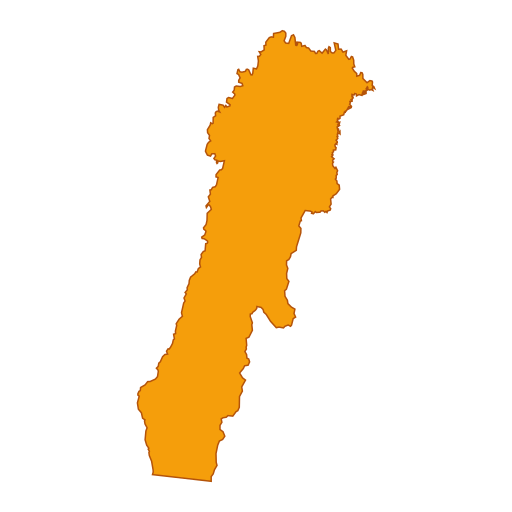 outline of Puerto Libertador, Córdoba, Colombia
{"feature_id": "7082276B17720170478465", "entity_name": "Puerto Libertador", "entity_type": "district", "adm_level": 2, "iso_a3": "COL", "parent_name": "Colombia", "parent_adm1": "Córdoba", "projection": "equal_earth", "projection_center": [-75.744, 7.691], "detail": "fine", "context": "isolated", "style": "filled", "palette": "amber", "viewbox_px": 512, "rotation_deg": 0, "n_neighbors": 0, "source": "geoboundaries", "source_scale": "gbopen_adm2", "svg_char_len": 5982}
<svg xmlns="http://www.w3.org/2000/svg" viewBox="0 0 512 512"><path d="M295.6,317.1L294.0,313.5L294.9,309.1L291.4,307.1L287.9,303.6L287.4,300.3L285.0,296.3L284.6,290.7L286.4,289.2L288.9,281.4L286.8,278.6L286.6,273.4L287.8,268.4L286.5,265.0L286.6,260.8L288.8,259.6L290.5,256.7L291.1,253.6L296.3,250.3L296.5,246.8L300.8,232.9L300.9,228.4L298.8,225.9L300.3,221.0L301.4,220.7L301.0,218.0L305.2,210.5L310.3,211.1L312.1,212.1L311.6,213.3L313.4,213.8L315.3,211.6L316.4,212.5L320.0,212.2L321.1,210.9L323.4,210.9L324.8,212.3L326.0,211.3L327.0,212.5L327.7,210.9L330.1,210.2L330.7,208.7L329.4,206.9L331.1,204.1L330.6,198.9L332.0,197.4L332.9,197.5L332.9,195.9L336.2,193.8L339.6,189.3L339.2,185.1L337.1,183.6L336.9,181.0L335.4,179.1L336.2,178.2L336.2,175.4L337.2,174.5L336.8,172.5L337.6,170.8L335.9,167.3L335.0,168.5L332.7,165.6L332.5,163.4L333.4,162.1L332.8,161.8L332.6,160.2L334.1,158.8L331.6,156.7L332.4,155.9L332.0,154.8L332.9,154.8L332.3,152.7L333.5,151.8L333.4,150.1L335.7,149.9L336.1,147.6L335.3,146.9L334.9,144.9L335.7,143.9L336.8,144.3L336.5,143.0L337.3,142.7L337.2,141.6L336.1,140.2L337.8,138.4L337.1,136.6L337.8,136.4L337.3,134.7L337.7,132.9L338.1,133.8L339.2,133.2L340.0,133.9L339.9,131.2L339.3,131.8L338.2,130.4L338.6,129.2L337.9,128.6L337.6,129.3L337.1,127.0L337.9,125.8L338.5,126.3L339.5,125.4L338.2,124.5L339.2,124.2L339.6,122.7L339.0,123.1L337.8,122.6L338.3,122.0L336.8,121.8L337.8,120.9L337.3,120.0L337.8,117.8L338.2,119.2L339.4,118.8L340.0,118.3L340.0,116.1L343.7,114.8L344.4,112.1L345.3,112.3L345.4,111.1L346.3,111.0L348.8,106.6L349.8,106.8L348.7,108.9L351.2,107.6L351.5,106.4L349.6,104.2L350.3,102.9L349.9,101.5L351.9,101.3L351.2,99.8L352.2,99.9L352.2,98.3L353.2,97.9L352.7,96.5L353.4,96.4L352.0,96.5L352.0,94.4L354.0,95.0L354.7,93.5L356.3,94.0L356.5,95.9L358.9,94.6L361.9,95.4L362.4,93.3L363.0,94.6L363.9,94.0L363.2,90.4L364.2,92.5L365.1,90.8L365.6,91.1L364.8,94.0L366.1,93.5L366.0,90.9L367.4,90.0L366.1,88.9L367.3,86.8L367.8,87.4L367.7,89.0L369.5,90.1L371.3,89.6L372.9,90.4L372.3,88.8L372.7,87.3L374.6,88.5L373.8,86.6L372.2,85.5L372.5,82.0L372.0,81.0L369.9,80.6L367.0,82.7L362.9,78.5L362.8,74.4L362.1,72.8L360.8,72.5L359.6,75.3L356.8,76.2L356.7,73.5L354.3,71.3L352.3,68.2L352.6,67.4L354.8,66.8L353.8,64.1L353.7,60.2L352.6,56.9L351.4,56.5L349.9,59.1L348.8,59.3L345.8,55.3L346.6,50.8L343.0,52.1L341.1,49.1L338.6,49.2L338.0,44.0L334.2,42.9L335.8,50.4L333.9,52.9L332.2,53.0L330.4,51.5L330.3,47.6L329.0,46.7L328.4,48.2L328.3,54.0L326.4,49.9L325.4,49.1L322.1,53.2L319.2,50.6L317.9,51.3L316.8,53.4L315.6,53.5L314.4,51.4L310.9,51.1L308.6,48.0L306.4,47.6L305.0,45.5L301.7,46.3L301.2,43.2L300.3,42.4L296.9,42.1L296.5,44.5L297.5,43.7L297.3,44.7L296.7,45.5L295.7,45.1L294.9,37.5L293.5,34.8L291.5,35.7L288.7,43.4L285.7,43.1L284.1,40.8L285.8,36.3L285.8,33.1L284.4,31.3L282.3,30.7L279.9,32.3L273.6,33.5L273.4,37.2L271.2,36.9L269.3,37.6L265.8,42.2L265.9,45.1L264.0,45.7L264.2,49.9L261.1,51.9L259.2,51.7L260.8,54.5L259.4,56.3L257.7,56.4L258.4,61.0L257.8,66.0L256.5,68.9L253.3,68.2L252.8,73.1L252.1,74.9L250.9,74.8L248.7,69.9L247.4,69.2L246.3,69.4L245.5,71.3L242.0,72.2L239.9,71.8L238.7,69.3L237.9,69.7L237.0,73.6L238.6,74.5L240.1,77.9L238.7,80.3L238.7,82.2L242.1,83.4L242.8,85.7L240.3,86.5L236.2,86.0L234.5,87.0L234.2,90.2L232.7,92.1L234.8,94.1L234.8,95.3L232.4,98.5L228.6,97.5L227.0,98.5L226.5,102.1L230.1,104.7L229.9,105.9L226.9,107.0L225.8,105.5L224.6,107.3L223.1,105.2L219.1,104.3L218.3,107.3L218.7,110.2L219.7,112.0L217.3,111.1L216.0,111.8L215.3,113.0L215.6,115.8L213.2,117.4L213.1,123.2L212.2,123.7L210.7,122.8L210.2,125.1L207.4,129.7L207.6,132.7L209.5,135.4L209.0,138.5L210.7,140.9L208.6,142.3L207.2,144.3L205.6,150.4L205.5,151.4L207.4,155.1L210.5,156.1L211.8,153.8L214.8,153.7L215.6,156.0L213.9,158.5L214.9,159.8L216.7,160.2L216.5,162.6L217.0,163.5L217.7,162.9L218.0,161.0L220.4,161.5L224.4,160.7L222.6,168.5L221.3,169.8L219.7,170.0L216.1,174.6L216.0,176.9L218.1,177.5L216.5,184.8L215.3,186.7L212.6,187.4L211.2,189.8L209.9,190.0L210.4,194.2L208.3,196.8L209.8,201.4L206.0,205.9L206.4,207.5L208.2,205.0L209.3,205.0L210.6,206.9L211.3,209.4L207.2,213.3L207.0,220.4L206.1,224.5L203.5,227.8L203.8,229.2L205.7,230.7L205.9,231.7L204.7,235.0L201.7,237.1L202.1,238.5L204.3,238.8L207.5,241.0L207.7,242.3L207.2,243.3L205.7,243.7L205.1,250.8L203.3,251.5L201.1,254.5L201.5,257.4L200.0,259.9L199.7,263.9L200.5,267.0L198.4,268.5L197.1,272.0L195.8,271.9L194.7,273.8L190.6,277.1L189.3,280.3L189.0,283.7L187.1,287.7L187.3,289.8L185.1,292.5L186.3,293.9L184.0,298.0L185.1,301.0L183.7,303.0L181.5,312.7L182.4,316.3L179.1,319.2L176.2,323.8L176.7,325.4L175.4,331.1L175.6,333.6L173.6,334.2L174.4,338.9L173.3,339.9L172.5,343.5L170.6,347.1L169.1,349.1L168.1,348.8L166.5,351.2L167.6,354.1L164.9,354.5L162.6,356.7L160.3,361.8L158.8,363.1L158.2,366.4L156.4,368.2L158.0,370.0L158.3,371.4L157.5,376.6L155.4,379.1L150.1,381.5L147.7,381.6L145.1,384.9L140.6,387.5L140.3,390.6L139.0,391.3L137.9,393.7L137.9,395.1L139.2,396.2L137.4,402.9L138.4,409.2L141.4,412.8L142.6,418.2L145.0,419.9L144.5,420.9L145.0,423.9L147.1,427.8L145.9,431.0L145.1,439.8L146.7,445.2L148.8,448.2L148.2,449.2L149.4,451.3L148.9,452.5L149.3,455.5L151.6,461.2L153.1,469.9L153.2,472.1L152.5,474.6L211.2,481.3L211.2,476.6L213.2,473.9L214.5,469.7L217.0,465.4L216.2,462.3L216.0,453.5L217.7,445.2L219.4,441.0L222.6,439.5L224.8,436.2L223.0,431.7L220.0,429.5L220.0,425.3L221.9,422.3L221.2,418.9L222.9,417.8L226.3,417.2L227.9,415.6L232.8,416.1L236.1,411.6L237.8,410.7L239.3,407.3L239.5,396.5L242.4,391.1L241.7,386.9L245.5,380.1L242.5,377.8L239.6,373.0L243.3,368.6L244.6,365.8L248.1,365.2L249.6,361.9L248.7,359.0L246.9,358.1L246.6,354.6L244.9,351.5L246.4,349.0L246.1,347.1L246.7,345.4L246.1,338.4L248.9,337.2L252.4,330.3L251.8,324.7L252.4,322.8L250.2,316.5L250.3,314.1L252.0,313.7L252.6,312.4L255.3,310.3L256.7,308.5L256.9,306.5L261.1,307.4L263.1,309.5L263.8,312.2L266.2,314.4L270.5,321.3L276.3,327.7L279.0,327.1L283.5,327.9L284.9,326.3L288.2,325.0L290.5,326.3L291.5,325.2L293.2,318.6L295.6,317.1Z" fill="#f59e0b" stroke="#b45309" stroke-width="1.5"/></svg>